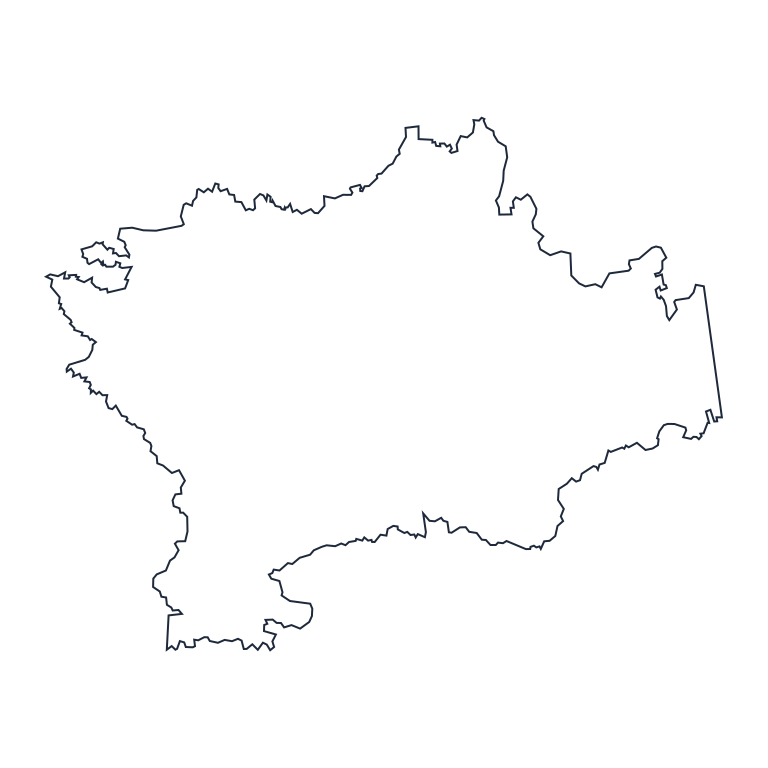 Cotaxtla, Veracruz, Mexico
{"feature_id": "50627088B87559081600102", "entity_name": "Cotaxtla", "entity_type": "district", "adm_level": 2, "iso_a3": "MEX", "parent_name": "Mexico", "parent_adm1": "Veracruz", "projection": "robinson", "projection_center": [-96.372, 18.858], "detail": "fine", "context": "isolated", "style": "outline", "palette": "slate", "viewbox_px": 768, "rotation_deg": 0, "n_neighbors": 0, "source": "geoboundaries", "source_scale": "gbopen_adm2", "svg_char_len": 6058}
<svg xmlns="http://www.w3.org/2000/svg" viewBox="0 0 768 768"><path d="M170.0,560.6L165.9,570.5L156.7,574.4L153.3,578.6L153.1,587.0L159.8,591.5L161.4,596.7L166.1,597.5L166.9,604.8L171.3,607.5L172.7,610.5L178.5,610.0L181.9,613.9L168.6,615.4L166.8,649.7L171.7,646.1L175.4,649.7L177.1,648.8L179.9,641.1L184.2,642.4L185.8,647.0L192.7,647.3L195.0,646.2L194.2,639.7L198.2,640.3L204.3,637.2L207.7,637.3L209.8,641.0L217.9,642.8L224.7,639.9L232.0,641.2L238.0,638.8L241.6,640.6L243.8,649.0L246.7,648.9L252.3,644.3L257.8,649.8L262.9,642.7L266.8,644.6L270.2,650.2L274.1,647.0L272.4,641.4L275.9,634.5L264.0,631.1L264.2,625.0L267.3,623.8L265.5,619.9L272.7,619.6L276.6,622.9L281.0,623.0L284.1,627.4L291.5,625.1L300.1,628.6L309.2,622.0L311.9,616.1L312.3,608.7L310.2,603.7L289.9,601.0L281.6,595.4L282.5,592.3L279.4,581.0L271.3,578.7L268.9,574.5L272.3,573.1L273.7,569.6L279.5,570.5L287.9,563.1L292.3,564.0L299.7,557.8L310.1,554.7L313.8,550.3L321.8,546.8L326.6,545.3L335.2,546.2L341.2,543.5L345.5,545.2L349.0,542.0L355.7,540.9L356.3,538.9L362.3,540.6L364.3,537.4L368.1,540.6L371.5,539.9L372.0,541.9L374.7,542.0L380.5,534.7L386.4,535.6L387.7,529.0L393.3,525.9L397.6,526.5L397.8,529.4L404.3,533.0L407.3,531.9L410.5,535.0L414.3,534.5L415.7,537.5L417.8,534.1L424.9,537.2L425.9,532.2L423.2,513.4L429.5,520.8L434.9,521.3L441.2,517.8L443.4,520.8L447.4,521.9L448.9,532.3L451.6,532.7L459.9,527.4L465.7,527.2L469.2,531.8L476.7,533.0L481.8,539.7L485.9,540.0L490.5,545.0L495.8,545.0L498.0,542.6L503.0,543.2L506.5,541.0L525.9,549.1L530.2,549.0L530.5,546.9L533.9,545.7L536.3,547.4L539.5,546.4L540.8,548.9L544.2,541.3L549.6,540.8L555.3,536.0L557.5,526.0L563.1,521.1L560.8,516.4L563.8,508.9L558.0,500.0L558.7,489.0L566.9,483.7L571.8,478.2L576.1,481.6L580.0,480.2L581.7,473.8L593.5,466.1L596.3,466.9L597.9,469.7L599.5,464.5L604.7,462.9L608.4,450.5L610.8,451.9L622.1,447.5L624.3,448.7L625.9,445.5L628.7,447.3L636.9,442.8L645.5,450.0L652.6,448.5L657.9,445.2L658.6,439.2L657.1,438.3L659.3,431.4L663.8,425.2L667.7,423.9L674.5,424.0L685.4,427.6L686.2,430.3L683.2,437.2L691.1,438.9L693.4,436.8L696.5,437.0L698.9,439.2L701.6,436.1L700.4,433.7L703.6,433.3L707.6,422.8L709.2,423.0L706.0,411.5L710.4,409.8L714.2,421.5L717.2,421.3L716.5,417.3L721.9,417.4L703.8,286.3L695.8,284.8L693.6,292.4L688.8,298.1L675.6,300.1L674.2,302.0L676.9,309.5L669.3,320.1L666.9,316.1L666.0,306.1L663.7,299.8L660.9,296.5L659.9,298.6L657.5,297.4L655.6,289.7L659.5,286.7L660.7,290.5L666.8,288.1L665.9,285.2L663.6,284.5L661.9,274.5L656.0,276.5L655.0,273.9L659.7,272.7L662.4,268.9L662.3,261.2L666.3,257.7L660.9,247.7L656.0,246.5L651.8,247.9L638.9,258.9L629.5,260.4L628.9,264.2L630.8,268.5L628.6,270.7L609.4,273.4L601.6,287.3L595.3,284.2L585.4,286.4L579.1,283.4L571.3,275.5L570.4,253.5L561.1,251.4L550.2,255.2L540.3,249.3L538.4,242.8L543.3,236.3L533.4,228.3L532.4,221.6L535.8,214.3L536.4,208.8L530.4,196.8L527.4,194.4L520.8,199.7L515.9,197.3L512.9,201.4L513.8,207.8L510.5,207.8L511.5,214.4L499.3,214.6L498.9,207.5L495.9,200.5L499.1,196.3L503.2,180.8L503.7,170.6L507.2,157.3L505.7,146.3L498.0,141.7L494.0,135.2L493.4,131.2L486.6,127.4L483.7,120.7L484.4,119.0L481.6,117.8L479.0,120.6L473.5,120.1L474.3,124.4L472.9,132.5L467.2,137.4L460.7,136.1L456.6,144.6L457.5,151.0L451.4,152.9L449.7,151.4L451.8,148.6L450.0,144.7L446.8,146.6L444.4,143.5L439.9,143.6L440.3,146.3L436.2,145.9L435.1,142.0L432.4,142.6L432.4,139.8L418.6,139.1L418.5,126.3L405.5,127.9L406.0,137.0L398.9,149.6L399.7,153.8L396.4,156.5L392.7,163.6L388.4,165.8L381.5,173.6L378.2,174.0L376.7,175.6L377.3,178.0L369.0,186.0L364.6,186.3L362.4,191.2L360.3,191.0L360.1,188.5L361.6,187.9L360.0,184.9L350.6,187.4L349.9,188.7L352.4,192.6L351.1,194.9L343.0,194.8L334.9,198.4L324.0,196.2L324.5,205.9L318.0,213.2L314.6,212.9L310.9,209.1L301.7,213.7L296.9,209.8L292.7,212.0L290.1,203.9L287.7,207.4L285.7,207.5L285.0,210.4L284.5,208.1L283.9,209.7L281.6,209.2L280.4,207.0L275.5,206.0L272.6,200.5L272.1,202.2L270.2,201.7L270.6,196.8L267.4,194.5L266.4,200.5L263.4,195.4L260.0,194.0L254.3,199.6L255.1,208.3L253.0,210.2L249.2,208.8L245.8,210.3L241.4,202.1L235.3,201.6L234.1,195.0L229.3,194.4L227.1,188.9L220.6,191.2L218.3,188.0L218.6,184.4L215.3,183.5L212.1,191.7L208.0,188.7L203.8,192.3L198.7,189.0L197.2,189.9L196.4,197.4L193.1,200.9L192.0,205.7L186.2,203.3L183.7,204.8L180.8,216.4L183.8,224.2L181.6,225.8L156.1,230.7L143.3,230.3L132.2,227.7L120.2,228.7L117.9,238.6L124.3,241.8L125.7,245.2L124.7,247.2L129.4,254.7L128.9,257.4L126.2,255.4L119.0,256.2L116.0,253.0L113.0,253.4L113.7,249.0L109.2,247.8L107.4,249.7L102.6,244.3L102.9,242.3L99.5,243.6L96.2,242.3L92.2,246.3L81.5,249.4L83.2,254.1L82.4,256.8L87.0,258.8L87.5,262.8L89.1,264.1L98.2,259.3L101.1,263.0L102.9,261.4L103.2,263.5L101.6,264.4L102.7,265.5L105.2,264.8L106.4,266.7L112.9,266.7L115.5,264.8L115.9,261.8L120.3,263.3L119.4,266.8L122.2,268.0L131.6,266.9L125.1,279.4L128.2,280.1L125.1,288.4L107.7,292.5L106.9,288.7L100.2,289.9L99.5,288.1L95.8,287.0L91.6,282.5L92.1,277.7L84.1,282.2L77.1,279.3L78.7,277.0L75.8,276.7L76.1,274.9L68.8,275.3L69.7,277.3L68.5,278.5L64.0,278.5L65.2,272.3L58.0,276.2L50.2,274.4L46.1,276.7L52.3,279.6L50.9,286.7L59.7,297.3L58.9,303.3L61.2,304.0L59.8,308.8L61.6,308.0L64.4,311.2L63.8,314.1L70.6,319.8L71.6,322.2L69.9,323.7L74.4,327.9L74.2,329.9L82.5,332.6L81.6,335.4L87.8,336.3L90.1,340.0L91.7,339.0L95.9,342.1L92.8,344.7L92.3,349.9L88.8,356.9L85.2,359.8L69.2,364.7L66.6,369.0L66.8,371.6L71.0,368.7L73.8,372.6L73.0,376.5L79.6,373.8L81.2,377.9L86.5,377.4L84.4,381.4L89.7,382.0L90.8,384.9L89.1,388.3L90.9,389.4L90.8,392.9L93.1,390.6L96.4,394.1L99.2,391.8L102.5,395.2L107.2,395.1L106.0,401.5L108.6,408.1L112.3,409.1L115.8,405.6L121.8,415.8L126.5,416.9L127.5,418.7L126.3,420.8L132.1,424.7L134.6,424.1L137.1,427.4L143.8,429.3L145.2,433.0L143.4,436.0L144.0,439.1L150.2,442.9L151.4,446.0L150.5,451.2L156.7,456.1L157.3,463.3L163.0,465.5L171.9,473.0L179.0,470.2L184.9,480.7L180.8,487.5L181.4,493.7L175.4,494.4L172.6,500.3L173.7,506.1L179.5,508.3L180.3,512.7L183.2,512.7L187.2,516.8L187.5,531.5L185.2,541.2L177.3,541.4L174.9,543.7L178.6,550.2L174.5,557.4L170.0,560.6Z" fill="none" stroke="#1e293b" stroke-width="2"/></svg>